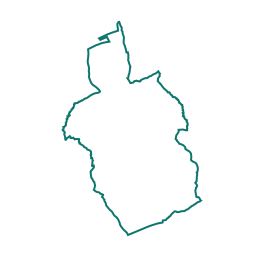 Alimpesti, Gorj, Romania, rotated 354°
{"feature_id": "2599482B52876702526181", "entity_name": "Alimpesti", "entity_type": "district", "adm_level": 2, "iso_a3": "ROU", "parent_name": "Romania", "parent_adm1": "Gorj", "projection": "orthographic", "projection_center": [23.791, 45.109], "detail": "fine", "context": "isolated", "style": "outline", "palette": "teal", "viewbox_px": 256, "rotation_deg": 354, "n_neighbors": 0, "source": "geoboundaries", "source_scale": "gbopen_adm2", "svg_char_len": 5784}
<svg xmlns="http://www.w3.org/2000/svg" viewBox="0 0 256 256"><g transform="rotate(354 128 128)"><path d="M116.8,234.4L137.9,228.1L142.1,227.1L147.7,226.0L152.5,225.6L153.0,223.6L154.2,223.5L154.9,223.6L156.3,223.3L156.6,222.8L157.7,221.9L158.4,221.7L158.6,221.3L159.4,221.0L159.5,220.6L159.8,220.3L160.6,220.2L161.0,219.9L161.6,218.9L162.2,218.5L162.8,217.8L165.6,215.8L166.8,215.9L167.7,216.7L168.9,216.9L170.9,216.7L171.9,216.4L175.6,216.5L177.2,215.5L177.9,215.4L179.7,214.7L180.9,213.7L182.0,213.3L182.9,212.4L184.8,211.8L185.9,211.0L187.5,210.4L189.0,209.3L191.4,208.7L193.0,207.8L192.5,207.3L191.4,204.6L190.5,204.1L189.2,204.0L188.9,203.8L188.4,198.5L188.5,196.9L189.2,195.5L189.5,194.3L190.2,193.7L190.7,192.7L190.6,192.2L190.4,191.4L189.2,189.5L190.7,188.1L190.6,187.7L191.2,185.6L191.2,184.2L191.9,181.8L192.0,180.6L191.7,179.9L191.7,179.3L192.4,179.0L193.1,176.7L193.2,175.7L193.1,173.6L192.8,172.6L192.6,171.6L191.8,170.0L191.4,169.6L189.3,168.4L187.4,166.7L187.4,166.2L188.0,162.9L187.9,159.9L187.6,159.3L186.5,157.6L184.4,156.2L182.8,154.7L183.0,154.0L182.8,153.0L182.2,152.1L181.1,150.9L178.7,149.5L177.4,149.1L176.4,147.1L175.5,146.2L175.2,144.9L174.4,144.4L174.2,143.8L174.3,143.3L174.7,142.6L174.8,141.7L175.3,140.3L176.2,139.4L178.0,136.9L178.1,136.5L178.1,135.1L182.7,135.3L185.2,136.3L186.6,136.4L186.6,136.1L186.4,135.4L186.9,134.8L186.7,132.8L187.1,132.4L187.0,132.1L187.0,131.9L187.5,131.6L187.5,131.3L187.7,131.0L187.6,130.5L187.8,130.2L187.6,129.7L187.6,128.7L187.4,128.1L187.0,127.9L187.3,126.9L187.0,126.6L187.1,126.2L186.7,126.1L186.7,125.9L186.3,125.4L185.6,125.0L185.2,124.3L185.1,123.7L185.1,123.3L184.9,123.0L185.0,122.5L184.4,122.3L184.5,121.9L183.9,121.7L184.5,120.6L184.6,120.2L184.3,119.8L184.7,119.5L184.6,119.2L184.3,118.9L184.6,118.5L184.3,118.3L184.7,118.0L184.7,117.3L184.6,116.5L184.3,116.1L184.7,115.8L184.5,114.8L184.2,114.4L184.2,113.8L184.5,113.3L184.6,112.8L184.6,112.4L184.3,112.3L184.2,111.9L184.3,110.6L183.3,110.2L182.9,109.4L182.2,108.7L181.7,108.4L181.9,108.0L181.3,107.4L181.5,106.8L181.4,106.3L180.8,105.7L180.7,105.2L180.3,105.2L180.2,104.7L179.8,104.5L179.8,104.0L179.7,103.8L179.2,103.9L179.1,103.6L178.7,103.3L178.6,103.0L177.9,102.2L177.3,102.0L176.9,102.2L175.8,101.9L175.5,100.8L174.9,100.3L174.8,99.6L174.3,99.5L173.8,98.9L173.5,98.1L173.5,97.7L173.4,97.5L172.6,96.7L171.6,96.9L171.2,96.7L171.1,96.2L170.2,94.8L169.2,93.9L168.6,93.1L168.0,92.7L166.9,90.8L166.6,90.6L166.5,90.3L165.8,89.2L165.4,88.1L164.8,87.7L164.4,87.0L164.3,86.7L163.7,86.1L162.5,84.5L162.6,83.7L162.9,83.4L162.8,82.7L162.9,82.1L163.7,81.0L164.9,79.8L165.1,77.6L165.4,77.3L164.5,75.9L164.1,74.8L161.6,76.5L158.8,77.3L156.4,78.6L154.5,79.0L152.6,80.2L151.8,80.3L149.9,80.3L146.5,81.4L145.9,81.7L145.1,82.9L144.1,82.9L143.9,82.6L143.4,82.7L141.3,81.8L140.7,82.1L140.0,81.9L138.9,82.3L138.5,82.7L138.2,83.3L135.1,83.6L133.8,80.6L132.6,78.4L133.2,78.3L133.5,77.9L133.8,77.2L134.1,75.6L135.2,73.5L135.3,72.5L135.5,72.1L135.7,71.1L136.4,68.7L136.3,68.3L136.8,67.4L135.8,63.5L135.8,62.8L135.3,60.9L135.3,59.8L135.7,58.9L135.8,56.5L136.0,55.7L136.0,54.8L135.7,52.6L134.4,52.7L134.2,51.2L134.0,48.7L133.7,48.1L133.6,46.6L132.6,43.2L132.8,40.7L133.3,38.3L133.4,37.3L133.2,36.1L132.6,34.0L132.6,31.6L131.9,30.3L131.9,29.7L132.3,27.9L132.0,27.4L132.0,27.0L131.9,26.5L131.3,25.7L130.4,21.6L129.7,21.7L129.2,22.1L128.6,22.8L128.3,23.5L128.2,25.0L128.3,28.7L128.2,30.2L122.4,31.4L116.9,32.9L108.6,35.8L109.7,37.5L116.6,35.2L117.1,36.8L118.5,40.2L113.5,40.5L110.9,40.8L107.0,41.9L105.0,42.3L97.2,45.2L96.5,45.6L96.5,48.3L96.4,50.5L95.9,52.4L95.9,53.1L95.1,56.3L94.8,58.4L95.0,60.4L95.4,62.9L95.5,64.8L95.1,66.1L95.0,67.4L95.1,69.6L94.6,73.1L94.7,74.6L95.4,76.7L95.5,77.6L96.3,79.6L96.7,80.3L97.5,81.4L100.1,83.6L102.7,86.4L103.4,87.5L104.0,88.8L103.3,89.4L102.5,89.7L100.9,89.9L99.6,89.9L97.1,90.5L94.1,91.7L90.8,93.6L87.5,94.6L85.6,95.8L85.0,95.7L84.4,96.1L83.6,96.2L82.6,96.9L81.8,96.7L81.0,97.6L79.3,97.9L79.0,97.7L78.4,98.0L77.6,97.9L77.5,98.2L76.9,98.5L76.7,99.0L77.0,99.5L76.5,100.6L76.3,101.3L75.7,102.3L75.2,102.2L75.1,103.0L73.9,103.5L73.8,104.3L73.5,104.5L73.1,105.0L71.6,106.1L71.8,106.5L71.2,106.9L70.4,108.5L71.4,109.2L71.4,109.4L70.5,109.8L69.9,110.5L69.0,110.1L68.9,110.8L69.0,111.1L68.9,111.7L68.1,112.4L68.5,112.9L67.8,113.5L67.7,115.1L66.6,116.4L66.9,117.0L66.6,118.4L66.2,118.7L66.3,119.0L66.1,119.2L64.8,120.0L64.6,120.4L63.9,120.3L64.0,120.8L63.8,121.4L63.9,121.7L63.9,122.0L63.7,122.4L62.9,122.8L62.8,123.3L62.9,123.6L63.3,123.8L64.0,124.5L64.2,125.2L64.7,125.7L64.4,126.2L64.4,126.7L64.0,127.2L64.0,127.7L64.6,130.7L64.4,131.9L64.5,133.0L64.9,133.3L66.4,131.7L69.3,130.0L70.2,131.4L70.0,131.9L71.3,132.2L72.6,131.9L73.4,133.0L73.7,133.7L74.4,133.5L75.3,133.5L78.0,133.9L77.9,134.6L78.1,134.7L77.8,136.0L77.7,137.0L78.6,137.7L78.2,138.4L81.6,140.9L82.3,141.8L82.4,142.4L83.2,142.9L84.1,143.2L84.7,143.8L84.7,144.4L85.1,145.0L87.8,146.4L88.6,147.5L88.7,147.8L88.5,149.3L88.7,149.8L88.2,150.3L88.5,150.8L88.1,151.9L88.2,152.6L88.3,153.3L88.6,153.6L88.4,154.0L89.1,154.0L89.1,154.4L89.4,154.8L89.2,155.8L89.7,156.6L89.3,156.9L89.2,157.9L88.9,158.5L88.9,159.6L88.2,161.6L88.4,162.0L88.9,162.2L90.0,161.8L90.1,162.4L89.9,163.6L89.5,164.1L88.5,165.1L87.5,166.3L86.7,166.7L86.2,167.6L86.4,168.3L86.1,168.9L86.2,169.9L86.3,173.5L87.1,174.6L87.9,177.1L88.4,177.7L88.5,178.1L88.8,178.3L89.2,181.4L89.1,182.2L87.8,185.8L87.6,186.0L88.1,186.6L89.6,187.9L90.7,188.5L92.1,188.8L93.2,189.7L93.5,190.4L95.0,191.0L96.2,191.8L96.2,192.3L95.6,192.6L95.0,193.9L95.6,194.3L96.1,195.3L96.3,195.8L97.0,196.7L96.9,196.9L96.9,198.1L97.9,200.0L98.3,202.9L101.2,207.3L103.3,209.5L105.1,213.5L107.3,215.6L108.0,216.8L108.6,217.7L109.7,221.1L110.0,223.2L110.7,225.0L112.7,228.3L115.6,231.6L116.5,233.2L116.8,234.4Z" fill="none" stroke="#0f766e" stroke-width="2"/></g></svg>